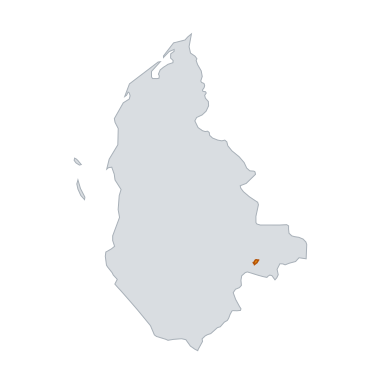 location of La Libertad, Francisco Morazán, Honduras, rotated 276°
{"feature_id": "27666195B53606089505662", "entity_name": "La Libertad", "entity_type": "district", "adm_level": 2, "iso_a3": "HND", "parent_name": "Honduras", "parent_adm1": "Francisco Morazán", "projection": "equal_earth", "projection_center": [-87.505, 13.705], "detail": "fine", "context": "in_parent", "style": "filled", "palette": "amber", "viewbox_px": 384, "rotation_deg": 276, "n_neighbors": 0, "source": "geoboundaries", "source_scale": "gbopen_adm2", "svg_char_len": 3491}
<svg xmlns="http://www.w3.org/2000/svg" viewBox="0 0 384 384"><g transform="rotate(276 192 192)"><path d="M349.2,174.9L336.2,173.9L330.0,176.0L327.4,180.8L325.1,182.9L323.1,182.4L319.2,184.3L313.4,188.5L308.0,190.1L303.3,189.1L301.9,190.1L301.6,191.5L300.9,192.8L299.0,193.5L296.9,193.1L294.5,191.7L293.3,192.3L293.1,195.0L291.9,195.8L289.4,194.5L286.7,195.5L283.7,198.8L279.4,199.5L273.9,197.6L269.7,194.0L266.6,188.8L263.0,187.4L256.7,191.3L254.1,195.9L253.5,198.7L254.1,201.2L253.0,202.9L250.1,203.7L247.8,206.8L246.3,212.2L246.0,216.3L247.0,219.2L245.5,221.4L241.7,222.8L237.1,227.4L231.9,235.3L226.7,240.8L221.5,243.9L219.1,247.3L219.2,251.1L218.9,252.3L217.9,252.8L216.2,253.3L206.2,245.0L203.3,239.3L200.9,240.1L197.7,243.1L193.3,249.5L188.6,258.4L186.3,259.4L174.4,258.1L168.2,258.8L166.9,260.0L166.3,263.3L166.7,267.6L168.4,283.2L169.4,289.6L168.4,291.6L165.2,291.9L161.1,292.8L158.8,295.8L158.3,298.8L158.1,303.0L156.8,307.4L154.2,310.5L151.7,311.6L137.5,312.5L137.8,305.3L133.7,302.3L131.4,296.3L129.3,292.2L130.0,289.8L129.8,286.9L124.0,284.7L118.7,286.4L115.6,285.3L113.3,283.7L117.2,280.2L117.5,278.0L116.2,276.4L114.9,275.4L115.3,271.4L116.1,266.6L118.3,255.5L117.5,253.5L113.9,250.2L109.3,249.9L104.3,250.9L101.9,249.2L99.8,245.4L96.2,243.5L89.8,246.6L83.1,251.2L81.0,252.9L79.3,252.6L78.6,249.2L78.3,245.1L77.8,244.1L74.3,242.7L70.1,241.6L67.9,240.5L65.9,237.7L60.9,234.2L59.8,231.5L53.1,225.4L51.8,222.4L50.3,220.2L47.0,217.4L44.5,218.1L36.1,214.6L34.8,214.3L36.0,211.2L38.6,206.5L44.5,201.3L45.0,197.0L43.5,188.9L42.0,183.6L42.8,181.2L44.6,171.8L46.0,169.5L54.5,164.8L55.3,164.1L61.9,157.4L69.3,149.9L77.0,141.7L85.5,132.5L90.2,127.2L92.4,124.9L97.3,126.8L101.2,122.4L103.4,121.0L108.7,115.8L110.3,114.6L119.0,112.5L123.3,112.6L127.0,117.8L129.9,120.7L135.4,118.2L140.1,117.7L159.2,122.6L166.8,120.4L180.8,120.0L187.1,121.2L195.9,114.2L201.6,112.8L208.3,109.6L207.4,106.3L205.8,104.8L216.0,106.2L231.2,113.3L247.4,112.0L253.2,108.2L256.9,107.1L273.5,114.3L277.9,119.9L281.3,120.4L284.0,119.2L284.7,118.0L281.4,116.8L279.9,115.1L293.0,118.5L317.7,144.7L318.3,146.9L307.7,139.1L302.2,139.7L300.7,140.9L301.1,145.2L301.6,147.2L304.0,147.4L305.7,146.3L310.1,147.6L313.0,150.5L316.5,154.8L318.6,159.5L320.8,159.5L323.0,156.7L327.2,156.4L330.0,159.5L331.9,159.3L329.2,154.5L322.8,149.6L324.3,149.4L338.4,158.1L342.4,169.1L345.8,171.6L349.2,174.9ZM183.8,80.7L175.7,86.0L173.2,85.9L176.9,81.8L182.9,78.3L187.9,76.6L192.1,77.3L183.8,80.7ZM211.5,75.1L207.7,79.0L207.0,77.2L208.8,73.6L211.1,71.5L213.4,71.7L212.8,73.3L211.5,75.1Z" fill="#d9dde1" stroke="#a8b0b8" stroke-width="1"/><path d="M131.3,265.3L131.3,264.9L131.0,264.4L131.1,264.2L131.3,263.8L131.3,263.7L131.3,263.4L131.3,263.2L131.3,262.9L131.3,262.7L130.8,262.1L130.7,262.2L130.4,261.9L130.2,261.8L130.0,261.7L129.9,261.7L129.7,261.5L129.2,261.5L128.9,261.5L128.8,261.4L128.7,261.4L128.6,261.2L128.5,260.9L128.5,260.7L128.4,260.5L128.4,260.4L128.2,260.3L128.0,260.5L127.9,260.5L127.7,260.6L127.5,260.8L127.5,261.0L127.4,261.1L127.2,261.2L127.1,261.3L127.0,261.5L126.9,261.5L126.9,261.8L126.8,262.0L126.7,262.0L126.8,262.1L126.7,262.1L127.0,262.1L127.1,262.5L127.5,262.9L127.6,263.0L127.9,263.2L128.1,263.4L128.2,263.5L128.3,263.8L128.5,263.9L128.6,264.0L128.8,264.1L129.0,264.2L129.3,264.2L129.4,264.3L129.5,264.3L129.7,264.5L129.8,264.6L130.0,264.5L130.3,264.7L130.5,264.7L130.5,264.8L130.8,264.9L131.0,264.9L131.0,265.0L131.2,265.3L131.3,265.3L131.3,265.3Z" fill="#f59e0b" stroke="#b45309" stroke-width="1.5"/></g></svg>